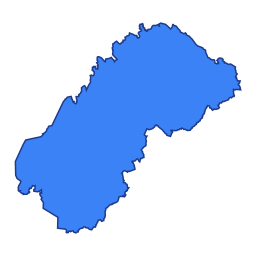 outline of Claremorris Lea-6, Mayo, Ireland
{"feature_id": "5873133B40533987579120", "entity_name": "Claremorris Lea-6", "entity_type": "district", "adm_level": 2, "iso_a3": "IRL", "parent_name": "Ireland", "parent_adm1": "Mayo", "projection": "mercator", "projection_center": [-9.004, 53.656], "detail": "fine", "context": "isolated", "style": "filled", "palette": "blue", "viewbox_px": 256, "rotation_deg": 0, "n_neighbors": 0, "source": "geoboundaries", "source_scale": "gbopen_adm2", "svg_char_len": 5747}
<svg xmlns="http://www.w3.org/2000/svg" viewBox="0 0 256 256"><path d="M196.8,123.4L196.7,123.0L197.5,122.2L198.4,122.3L199.0,121.2L200.1,120.8L200.4,119.4L202.4,117.8L202.3,116.6L202.8,116.2L202.5,115.4L204.1,113.9L204.0,113.4L204.6,112.8L204.6,111.4L205.1,111.0L205.4,109.3L206.5,108.0L206.5,107.1L207.1,106.9L207.6,105.6L209.4,106.0L209.7,107.8L211.4,108.4L211.8,109.6L212.5,109.7L212.8,110.2L214.2,109.0L215.8,109.4L218.4,108.6L219.4,107.5L217.9,105.2L218.9,104.8L219.5,103.0L221.4,103.0L222.7,101.4L223.6,101.6L228.6,99.7L228.8,98.6L229.6,97.8L230.7,97.3L231.5,97.8L232.7,96.5L234.1,96.5L234.3,95.4L233.8,95.3L233.4,90.5L233.5,89.4L235.1,90.0L235.9,89.4L240.6,89.8L240.0,88.5L240.4,88.2L239.6,86.1L238.2,84.2L239.6,82.8L240.1,80.9L237.5,80.9L236.8,78.8L235.8,77.8L236.4,77.2L235.6,76.5L235.7,76.1L237.2,74.0L235.8,72.4L235.9,70.7L235.1,68.7L235.5,67.0L230.6,64.0L228.3,64.4L226.3,63.1L224.6,63.0L224.3,62.8L224.6,61.9L223.1,61.1L222.8,60.2L223.1,59.5L221.9,58.4L219.9,58.0L218.6,58.4L216.9,60.5L217.8,61.2L218.1,62.1L217.8,62.3L218.5,63.5L217.1,63.8L214.9,63.1L214.7,60.8L214.0,59.7L212.2,59.9L210.6,59.2L209.4,58.0L207.9,57.5L205.4,51.5L205.7,50.9L205.5,50.1L203.1,48.9L203.0,48.2L202.2,47.6L198.3,46.2L196.3,44.9L192.0,39.0L190.0,37.2L189.6,36.4L186.2,34.8L186.3,33.8L185.4,32.9L183.8,33.8L181.7,32.5L180.4,32.2L180.1,30.7L177.6,28.1L176.5,26.4L175.5,25.8L174.9,26.0L173.0,24.5L172.6,24.9L172.2,27.1L170.7,29.0L165.6,24.4L160.8,23.1L159.3,23.8L159.1,24.3L159.4,26.1L158.8,25.8L158.1,24.6L155.7,25.5L153.3,25.4L152.2,26.3L151.1,28.8L150.1,29.3L148.0,29.4L147.6,30.2L147.6,30.9L146.5,31.3L146.2,30.6L145.0,30.3L144.8,29.7L145.3,29.5L144.5,29.0L144.3,28.5L144.5,28.0L143.4,27.6L143.6,27.3L142.8,26.3L143.3,25.6L142.9,25.1L143.0,24.4L142.6,23.6L142.2,23.6L141.6,24.3L140.0,24.3L139.4,25.7L139.4,26.3L139.9,26.7L139.8,27.9L139.4,28.2L139.7,29.0L140.6,29.0L141.5,30.7L138.5,32.4L138.4,33.6L139.0,34.3L139.6,36.3L139.4,37.3L137.9,38.1L136.9,37.0L137.2,36.7L136.7,35.5L134.4,35.4L133.7,34.6L129.5,33.0L129.2,34.8L128.6,35.6L127.0,35.9L126.0,37.0L125.0,37.2L125.4,39.1L124.7,40.3L123.0,40.3L123.1,42.0L122.0,42.2L120.1,44.1L118.9,43.5L116.6,41.2L114.6,42.5L113.5,43.8L112.8,43.9L113.0,47.1L112.2,47.9L112.9,49.5L112.6,49.5L113.0,51.6L112.6,54.6L117.1,59.4L115.3,60.5L114.4,61.7L113.6,59.8L112.3,59.1L112.4,58.7L111.2,57.4L109.6,58.3L105.7,59.1L105.4,61.6L104.9,61.8L101.5,57.9L98.8,56.7L97.5,56.9L97.1,58.1L97.3,59.3L97.1,60.3L97.7,61.1L97.7,62.4L96.7,62.7L98.1,65.0L98.1,65.7L97.3,66.0L98.0,67.6L97.9,68.4L97.3,68.5L97.5,68.9L95.9,68.9L95.4,66.8L95.0,66.3L93.8,67.1L93.5,66.6L92.4,67.4L92.6,68.8L92.1,69.9L93.0,70.3L93.3,71.3L94.3,72.1L93.9,75.1L92.9,75.8L91.5,75.1L90.2,75.5L90.6,76.5L90.6,79.0L90.2,80.0L90.6,82.2L88.7,85.1L86.4,90.1L85.8,87.4L84.7,85.7L83.0,86.4L81.5,87.8L81.6,91.4L80.8,92.3L80.7,93.1L79.3,94.3L79.1,94.9L78.8,94.8L78.8,96.2L78.5,96.5L76.1,96.6L76.6,99.5L77.2,100.3L76.4,101.7L76.8,102.5L76.2,103.5L75.6,103.8L73.9,102.6L74.1,101.5L73.4,101.3L73.0,101.7L72.1,99.1L71.5,98.7L71.7,97.9L71.1,96.4L67.3,97.2L66.1,98.8L65.2,99.1L64.6,100.5L63.6,101.2L51.9,125.6L48.6,126.3L48.0,128.0L46.9,129.1L46.4,131.1L44.6,132.9L42.8,133.8L43.4,134.2L42.1,135.6L41.1,136.7L25.7,140.0L23.1,144.7L15.4,161.5L15.7,175.3L17.1,178.5L20.8,181.1L20.4,183.0L18.9,185.4L18.2,187.6L18.4,188.7L18.3,190.5L18.7,191.0L19.6,190.9L19.2,191.2L22.0,193.5L23.3,193.6L23.3,194.4L27.3,194.1L28.1,192.9L29.1,192.9L29.7,192.1L28.7,191.1L29.4,188.6L29.7,188.8L29.8,188.2L30.3,188.1L31.3,188.2L32.5,185.6L34.1,186.1L35.0,185.7L35.0,189.0L34.7,189.5L33.8,189.5L33.9,191.2L37.5,191.8L40.0,191.0L41.4,189.8L41.6,193.1L40.1,192.7L40.1,193.9L39.8,194.0L40.3,195.5L42.0,197.7L41.1,199.2L43.4,202.6L43.2,208.3L57.9,217.3L57.6,228.2L65.7,229.2L66.8,231.0L66.1,232.1L66.7,232.7L68.2,232.6L68.6,231.7L69.4,231.0L70.5,231.7L72.6,230.8L73.3,231.0L73.8,232.2L75.9,232.9L76.5,232.3L78.3,231.8L78.2,230.3L79.2,229.8L80.2,228.5L82.8,228.1L83.9,226.8L85.0,226.8L85.4,227.5L86.5,227.9L87.9,227.8L89.4,229.3L91.7,229.8L93.6,227.0L95.3,227.1L96.0,225.7L95.8,225.0L96.7,224.0L97.2,222.4L97.8,222.0L98.2,220.3L100.6,219.8L101.6,221.3L103.8,220.5L103.9,218.6L104.9,217.6L104.9,216.5L105.3,215.8L105.1,211.3L105.7,210.1L105.7,208.5L106.3,207.9L106.9,207.9L109.8,204.9L112.0,204.5L112.1,203.9L113.0,203.9L113.3,203.3L113.8,203.4L114.5,202.7L115.5,202.8L117.7,201.4L118.7,198.7L118.9,196.9L120.7,196.4L122.8,196.5L122.9,196.1L123.2,196.4L123.5,196.0L123.7,196.5L124.5,196.8L125.2,196.0L125.1,195.5L125.8,194.9L124.6,193.9L125.0,193.3L124.8,192.7L125.6,191.5L126.4,191.3L126.5,190.6L127.3,190.5L127.4,189.5L128.8,187.8L127.6,187.5L127.0,184.4L126.2,184.2L125.4,182.9L123.6,182.6L123.3,182.1L124.2,180.5L123.2,179.6L123.3,178.5L122.4,173.7L121.7,173.5L123.3,171.2L124.1,170.7L125.3,170.9L127.5,172.1L127.6,171.3L129.5,171.4L135.0,169.3L134.2,165.3L133.1,162.7L132.1,162.1L132.1,161.3L134.9,161.0L136.9,159.0L137.4,159.0L137.8,159.1L139.0,161.3L139.7,161.9L140.6,158.5L141.8,158.5L142.5,157.7L143.9,157.5L143.9,156.4L143.6,156.2L143.8,154.8L142.9,153.0L142.3,152.6L142.5,151.4L141.8,150.9L141.3,149.7L144.4,146.5L145.7,145.9L146.1,144.8L145.9,143.4L146.4,141.1L145.7,138.7L146.9,136.1L145.7,136.2L144.3,134.6L146.9,128.8L148.4,129.6L149.7,129.6L152.5,128.6L154.7,126.8L155.3,125.3L156.6,125.1L156.8,125.7L157.9,125.8L158.3,126.7L162.5,130.0L165.4,133.6L166.6,134.1L166.9,135.3L170.5,136.4L171.3,134.5L171.4,133.4L172.5,132.6L172.1,131.6L170.9,130.4L171.2,130.2L173.7,130.7L176.8,130.5L177.7,129.8L179.0,129.8L179.8,128.8L181.3,129.1L181.8,128.1L182.3,128.1L183.8,129.4L185.1,129.2L186.4,130.1L187.8,130.5L190.3,130.2L190.8,129.2L191.9,128.4L191.9,127.6L192.4,127.7L192.9,126.8L194.3,126.1L195.8,124.4L196.3,124.4L196.2,124.0L196.8,123.4Z" fill="#3b82f6" stroke="#1e3a8a" stroke-width="1.5"/></svg>